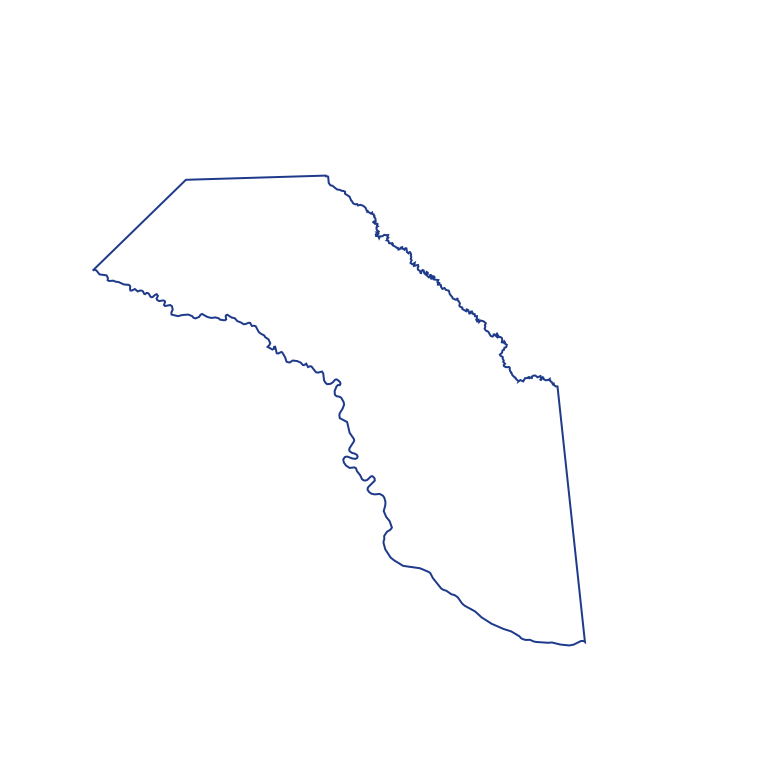 Cravo Norte, Arauca, Colombia (Mercator projection), rotated 32°
{"feature_id": "7082276B36906579253224", "entity_name": "Cravo Norte", "entity_type": "district", "adm_level": 2, "iso_a3": "COL", "parent_name": "Colombia", "parent_adm1": "Arauca", "projection": "mercator", "projection_center": [-70.099, 6.342], "detail": "fine", "context": "isolated", "style": "outline", "palette": "blue", "viewbox_px": 768, "rotation_deg": 32, "n_neighbors": 0, "source": "geoboundaries", "source_scale": "gbopen_adm2", "svg_char_len": 6156}
<svg xmlns="http://www.w3.org/2000/svg" viewBox="0 0 768 768"><g transform="rotate(32 384 384)"><path d="M532.4,294.1L530.9,295.0L528.9,294.8L528.0,294.0L528.0,294.9L527.5,294.9L525.3,293.5L523.6,293.5L522.9,292.7L522.2,293.0L521.8,292.1L521.3,293.3L519.3,295.1L517.1,295.3L515.6,294.1L515.0,294.2L515.1,297.2L514.7,297.5L514.3,297.4L514.4,296.2L512.5,294.3L510.6,297.0L507.9,296.6L506.2,297.8L505.6,299.1L506.2,300.6L504.8,300.9L504.3,302.1L503.4,302.2L503.8,301.5L503.5,301.2L502.8,301.7L502.9,302.6L500.5,304.4L500.7,308.0L497.6,308.4L496.7,310.6L496.6,310.2L493.5,309.9L492.2,309.0L491.2,309.3L490.9,308.9L488.4,308.6L486.5,307.2L485.8,307.2L485.6,306.6L484.1,306.2L482.6,304.7L482.3,303.8L481.2,303.3L478.3,305.2L476.0,305.2L475.5,304.5L475.9,302.7L473.3,302.0L473.1,300.6L471.3,299.7L470.4,298.2L467.7,298.3L466.7,297.7L467.5,295.0L466.7,292.6L467.6,291.4L466.9,289.5L468.1,287.9L467.3,285.6L464.9,285.7L464.6,284.7L464.2,285.0L463.2,284.2L462.9,285.8L461.8,286.2L460.8,283.8L459.6,282.6L458.0,282.4L456.0,283.7L455.9,282.8L453.1,281.4L452.9,282.6L454.2,284.1L451.1,283.5L450.7,283.9L451.2,285.3L450.9,286.3L448.9,286.7L444.8,284.4L442.1,284.7L440.0,283.8L439.5,281.6L438.3,280.6L438.3,278.7L437.9,278.4L435.1,278.1L432.2,279.0L431.8,281.1L430.1,279.3L429.3,280.3L430.3,280.8L429.9,281.6L428.1,280.5L428.0,279.1L426.9,277.2L425.3,278.3L423.8,276.7L422.6,277.5L420.1,275.9L419.4,276.7L420.0,278.1L419.0,279.0L416.4,276.8L415.5,276.7L414.8,276.9L415.4,277.7L415.3,278.7L410.7,278.9L409.9,277.7L407.5,278.1L406.4,277.7L405.6,275.4L403.3,274.1L402.1,274.1L400.8,272.0L401.0,273.2L400.0,274.6L396.9,275.0L396.0,274.2L392.3,273.0L389.5,270.5L386.7,271.4L384.4,270.5L383.2,272.4L381.0,271.5L380.0,270.1L379.3,269.8L377.0,271.2L376.6,270.4L377.4,270.0L377.2,269.0L375.8,269.6L375.2,269.2L375.0,267.1L370.8,268.9L370.1,268.0L370.3,266.7L369.1,266.3L368.2,266.7L368.8,266.8L368.3,267.4L368.8,269.3L368.3,269.7L367.2,269.0L365.9,266.8L365.4,267.2L366.0,269.0L365.5,269.8L362.3,269.1L362.1,268.3L362.8,267.4L362.1,266.4L360.7,266.4L361.1,269.0L359.4,268.7L357.5,266.7L356.3,266.9L356.1,268.2L356.7,270.3L356.2,270.5L354.6,269.1L352.1,269.0L351.1,267.7L351.0,266.2L349.8,265.0L346.9,267.9L345.9,265.0L344.7,267.5L342.3,267.3L341.8,264.3L340.4,263.8L340.0,262.1L338.5,260.7L338.5,259.9L336.4,258.4L335.7,258.7L335.6,260.2L333.5,259.9L331.2,257.1L330.2,257.5L330.2,259.3L328.7,259.0L327.8,259.6L326.8,258.4L325.9,259.6L325.9,261.4L324.9,262.4L323.6,261.2L322.5,261.8L321.1,261.5L318.3,261.8L317.6,261.6L317.4,260.6L316.4,260.2L316.0,261.2L315.0,261.0L313.8,261.9L311.7,260.2L310.3,260.7L310.5,259.9L309.6,259.2L310.1,257.6L308.9,257.4L308.5,255.5L306.8,256.8L305.2,257.3L304.3,259.6L302.3,261.0L302.6,262.9L300.9,261.7L298.7,262.7L297.8,261.4L299.4,260.2L299.6,259.6L297.5,259.2L298.8,258.1L298.8,257.5L296.6,257.3L295.5,256.5L294.6,255.0L295.2,253.6L294.2,253.6L293.8,251.8L293.0,251.8L291.6,252.9L290.7,252.1L289.8,252.7L289.1,252.5L289.4,251.4L290.7,251.2L290.9,250.7L289.1,248.3L287.1,247.5L287.0,246.6L286.3,246.5L285.5,245.6L284.1,246.1L283.1,244.9L282.4,246.4L279.5,246.4L278.7,246.0L278.5,246.8L274.9,244.3L271.8,243.9L269.0,244.6L267.3,246.4L265.9,245.6L264.8,246.7L262.3,247.2L259.9,245.9L259.1,245.9L255.5,243.4L250.1,243.3L249.1,241.6L247.3,241.7L246.0,242.6L243.9,242.7L241.0,243.9L235.1,243.2L233.3,243.9L230.6,242.8L226.9,237.9L226.3,237.7L224.7,238.6L224.2,238.1L107.8,315.8L76.9,442.1L77.9,440.6L79.9,440.1L84.6,441.8L91.1,438.9L93.7,440.4L94.6,442.4L96.2,442.4L99.7,439.8L102.0,439.5L104.9,438.2L110.7,437.4L115.2,435.1L117.0,435.6L118.3,438.1L119.4,439.1L120.6,438.4L122.4,435.5L126.1,436.0L127.7,433.9L129.4,433.1L130.8,433.3L132.7,434.6L133.8,434.4L134.4,432.7L135.4,432.0L137.0,432.2L139.6,433.7L140.9,433.6L141.7,432.9L142.6,429.7L143.6,428.3L145.6,429.1L145.8,432.0L147.2,433.0L149.4,432.8L152.3,430.2L154.0,429.8L154.9,430.5L155.5,433.5L157.0,433.9L160.9,430.3L163.0,430.5L165.4,432.9L165.8,436.1L167.0,437.7L173.2,435.7L176.6,432.2L181.3,428.8L185.6,428.1L187.4,428.8L189.3,428.3L191.7,425.1L191.7,422.5L192.6,421.0L198.3,420.8L200.6,420.2L203.1,419.1L205.7,416.9L209.0,415.9L210.9,416.3L214.4,414.8L215.5,414.0L215.9,412.8L213.7,410.3L213.8,409.0L214.4,408.3L219.4,408.4L222.6,407.3L226.3,408.4L230.3,407.6L233.1,407.7L234.8,406.6L236.5,404.1L238.1,403.1L241.1,404.8L243.0,403.4L244.6,403.0L250.1,406.2L252.6,406.6L256.8,406.3L258.2,407.2L262.5,407.4L265.9,409.7L266.2,411.6L265.6,414.2L271.1,413.9L271.9,412.8L271.1,410.7L272.0,410.1L276.8,414.8L278.3,414.0L279.8,411.4L280.9,411.1L286.2,413.9L289.2,416.5L290.1,416.7L292.7,415.7L294.1,412.5L298.1,410.6L302.0,410.0L305.3,410.9L306.3,410.2L307.3,408.0L310.6,409.9L312.0,408.0L313.2,407.6L320.1,410.1L322.0,409.3L324.8,406.3L326.9,407.3L331.1,412.5L333.4,413.9L335.8,414.3L338.5,412.3L339.8,409.5L340.2,406.5L341.0,405.4L342.3,405.1L345.6,405.6L347.0,406.9L347.1,408.4L345.5,409.3L345.0,411.2L345.9,416.2L348.0,419.1L350.2,419.5L352.6,418.5L354.9,418.3L359.2,420.6L361.1,422.6L361.9,426.5L362.0,432.4L362.7,434.2L364.6,436.4L372.9,435.8L380.7,443.6L387.6,446.6L388.7,447.7L388.9,448.8L388.8,456.4L389.3,458.3L390.5,459.2L393.2,459.4L396.4,458.5L398.6,458.5L400.0,459.4L400.4,461.0L399.5,462.6L396.7,463.9L391.1,465.1L389.5,466.8L389.4,469.6L391.5,471.8L394.9,473.3L399.3,473.4L403.1,470.4L404.8,470.3L407.4,472.3L412.2,474.0L415.7,476.3L417.8,476.5L419.3,475.8L420.7,474.1L421.9,469.3L422.8,468.4L423.8,468.4L426.0,469.0L427.4,470.9L425.4,479.1L425.3,480.7L426.1,482.4L428.6,483.5L431.5,483.7L434.7,482.5L438.6,479.5L442.3,479.3L444.6,480.3L447.8,483.3L449.4,486.3L451.1,491.9L456.2,495.5L461.4,497.3L466.8,501.6L466.6,504.2L464.8,507.9L464.7,512.8L466.4,515.3L467.1,517.8L467.9,519.1L472.8,523.6L481.7,527.7L486.3,528.2L496.6,528.1L512.1,521.2L521.6,519.7L523.4,519.8L528.3,522.7L540.8,527.1L543.3,527.1L546.5,526.3L552.7,526.6L555.6,525.6L559.5,525.8L566.4,528.7L569.9,529.3L581.7,528.6L590.4,530.2L602.5,530.3L615.2,528.4L622.9,526.4L632.7,526.2L634.7,526.9L636.9,526.8L639.7,526.0L643.4,523.6L647.5,523.0L650.0,522.0L660.1,516.6L663.4,514.2L671.6,511.5L679.6,507.6L682.9,504.6L687.3,497.5L689.7,496.1L691.1,496.3L532.4,294.1Z" fill="none" stroke="#1e3a8a" stroke-width="2"/></g></svg>